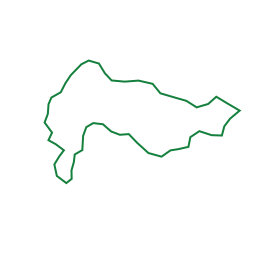 Jandira, São Paulo, Brazil, rotated 127°
{"feature_id": "56859067B1128706111165", "entity_name": "Jandira", "entity_type": "district", "adm_level": 2, "iso_a3": "BRA", "parent_name": "Brazil", "parent_adm1": "São Paulo", "projection": "natural_earth1", "projection_center": [-46.897, -23.541], "detail": "fine", "context": "isolated", "style": "outline", "palette": "green", "viewbox_px": 256, "rotation_deg": 127, "n_neighbors": 0, "source": "geoboundaries", "source_scale": "gbopen_adm2", "svg_char_len": 798}
<svg xmlns="http://www.w3.org/2000/svg" viewBox="0 0 256 256"><g transform="rotate(127 128 128)"><path d="M46.9,49.3L48.5,62.9L49.9,76.3L60.5,78.4L70.2,85.6L71.2,97.8L75.3,108.4L80.8,123.0L77.9,134.9L83.8,148.1L93.0,158.6L99.9,169.7L98.2,179.4L94.0,190.0L97.8,200.0L105.2,203.6L120.3,205.5L130.2,204.9L139.9,203.2L149.8,207.5L156.8,205.8L165.0,200.5L173.8,197.9L177.4,185.9L185.6,184.2L184.4,175.7L184.4,165.8L191.9,165.8L201.4,164.9L209.1,156.0L209.1,144.1L202.5,142.4L195.9,147.6L187.9,150.7L181.2,154.6L173.1,151.2L161.3,159.1L152.4,161.8L145.0,158.7L140.1,150.3L140.9,139.3L138.3,130.4L132.4,123.7L134.3,111.9L135.7,96.6L130.7,84.0L120.3,80.6L114.4,74.9L106.7,68.4L97.8,72.7L87.6,69.1L83.4,56.9L77.5,48.5L68.7,52.1L59.1,52.1L46.9,49.3Z" fill="none" stroke="#15803d" stroke-width="2"/></g></svg>